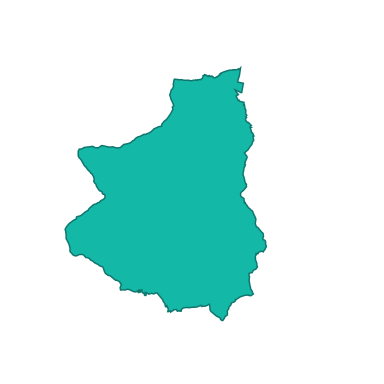 Bretcu, Covasna, Romania, rotated 131°
{"feature_id": "2599482B63813155065501", "entity_name": "Bretcu", "entity_type": "district", "adm_level": 2, "iso_a3": "ROU", "parent_name": "Romania", "parent_adm1": "Covasna", "projection": "orthographic", "projection_center": [26.35, 46.045], "detail": "fine", "context": "isolated", "style": "filled", "palette": "teal", "viewbox_px": 384, "rotation_deg": 131, "n_neighbors": 0, "source": "geoboundaries", "source_scale": "gbopen_adm2", "svg_char_len": 6019}
<svg xmlns="http://www.w3.org/2000/svg" viewBox="0 0 384 384"><g transform="rotate(131 192 192)"><path d="M303.4,263.3L304.9,261.1L307.5,258.3L309.7,256.5L311.3,252.3L312.4,250.1L314.4,247.2L316.4,245.6L317.1,244.7L317.1,243.0L317.5,240.8L317.4,239.7L316.8,238.2L315.5,237.0L313.2,236.1L311.4,234.2L310.9,233.4L310.7,232.1L311.1,229.2L309.9,227.4L309.7,226.6L309.6,225.5L309.9,223.7L309.3,221.9L309.2,218.4L308.3,215.3L308.3,213.3L307.1,210.1L307.2,209.6L309.4,206.0L310.3,203.7L310.0,202.0L310.0,200.7L308.9,198.8L308.8,192.5L308.7,191.7L308.1,191.0L307.5,189.5L307.3,187.3L308.0,186.0L307.9,185.0L308.1,184.6L311.0,183.7L312.5,182.2L312.7,181.8L312.7,181.3L311.2,180.1L310.0,178.4L307.5,176.7L306.7,175.0L305.5,170.8L304.3,168.8L300.9,167.8L300.4,167.1L300.7,166.7L301.4,166.4L302.9,166.9L303.1,166.7L302.9,166.3L301.2,165.2L299.3,166.0L298.8,165.8L299.8,164.8L300.2,164.0L300.4,162.8L300.1,161.5L301.0,160.1L300.8,159.3L300.2,159.0L298.8,159.6L298.5,160.3L298.7,161.2L298.4,161.4L297.8,159.8L297.4,157.5L295.2,156.3L294.1,154.1L291.5,152.7L291.1,152.1L292.5,143.5L293.4,142.1L294.0,139.4L295.9,136.8L295.7,136.3L294.5,136.6L294.2,136.5L294.2,136.2L294.9,135.4L295.6,133.6L296.2,132.8L298.2,131.8L298.2,131.6L296.0,130.4L296.7,129.4L293.8,128.5L292.9,128.6L290.9,126.6L291.6,125.0L291.3,124.5L290.3,124.2L289.6,123.5L289.9,123.1L289.2,122.0L287.3,122.9L285.1,122.5L282.0,119.6L281.6,118.5L280.2,117.5L276.4,113.6L275.3,112.7L271.7,111.0L272.2,109.9L271.8,109.3L270.7,108.7L270.0,107.5L267.2,105.9L265.5,105.5L266.0,104.1L269.0,101.2L269.6,99.9L269.7,98.1L269.6,92.1L268.7,89.0L268.6,88.4L269.4,86.8L269.4,85.3L269.1,84.7L268.7,84.4L267.4,84.7L266.4,84.6L264.4,85.4L262.3,84.7L261.7,84.7L260.8,85.2L258.4,87.5L256.3,87.6L254.2,88.7L251.8,88.5L250.2,89.4L249.3,89.2L247.0,87.9L245.5,87.9L244.8,88.7L244.5,88.2L239.8,86.9L237.6,85.8L237.4,85.5L235.7,84.6L234.3,83.6L234.1,83.1L232.8,82.0L232.9,81.4L231.6,79.5L228.7,78.8L227.8,81.2L227.4,81.5L226.5,84.5L225.6,85.3L224.1,87.6L223.1,88.5L222.4,89.8L222.0,89.9L221.0,91.1L218.4,92.9L216.5,95.5L214.9,95.0L213.3,93.7L211.1,94.3L209.8,94.1L209.4,93.6L208.3,93.2L205.8,93.4L205.3,93.8L204.8,95.0L203.4,96.2L201.8,99.0L201.5,99.8L200.5,100.4L199.7,101.5L198.7,102.1L197.8,102.2L197.4,102.8L196.5,103.4L196.3,103.1L196.6,102.7L196.6,102.4L195.5,102.0L195.1,101.7L194.5,102.3L192.5,101.6L191.6,101.0L190.6,100.0L190.6,99.3L190.4,98.9L189.5,99.2L187.0,99.3L186.1,99.8L185.0,99.8L184.1,100.5L182.7,102.8L181.7,103.3L180.8,104.6L180.7,105.0L180.8,106.0L181.3,107.0L180.9,107.9L178.5,109.0L176.6,111.2L176.5,113.8L175.6,118.8L175.9,120.8L174.4,123.5L170.4,126.1L169.1,128.8L168.3,130.9L167.8,131.5L167.7,132.2L167.2,132.7L166.7,134.0L166.9,135.9L166.7,137.3L166.8,139.3L165.8,142.7L165.6,144.5L165.0,144.9L165.1,145.4L165.6,145.6L162.8,148.6L163.2,150.6L163.1,152.6L162.9,152.9L161.3,154.3L159.7,154.7L158.3,154.4L155.1,154.2L152.2,154.3L151.6,155.4L150.4,155.9L150.2,157.7L149.2,159.3L148.6,159.9L146.3,163.2L145.6,164.7L144.3,165.8L141.4,167.4L139.4,168.8L138.7,168.7L136.5,169.5L136.8,170.3L135.0,171.1L135.1,171.4L130.1,172.9L129.1,173.8L128.1,178.1L123.5,177.4L119.0,178.0L117.0,178.0L113.8,179.5L113.0,179.1L111.8,180.1L110.5,182.1L109.1,181.9L108.9,182.4L109.0,182.9L108.1,183.7L108.2,184.4L107.9,184.7L107.7,186.1L108.0,186.3L107.8,186.6L107.5,186.6L107.3,187.2L106.8,187.6L105.5,189.9L105.1,190.1L104.7,189.9L105.0,190.5L104.1,190.8L104.0,191.0L102.9,190.8L102.5,195.1L102.9,195.2L103.0,196.6L102.7,198.4L102.4,199.0L101.6,199.6L100.0,199.7L99.8,200.8L98.1,201.0L97.7,202.9L94.7,205.2L94.5,206.1L94.1,206.9L91.9,209.5L92.5,209.9L92.5,210.2L91.5,210.5L90.2,211.6L91.0,213.0L92.5,216.1L91.8,216.8L92.6,217.4L90.6,221.7L88.0,220.9L87.6,223.6L86.6,226.5L85.4,222.4L85.1,220.8L84.4,219.7L76.2,224.6L79.1,229.6L76.6,231.1L73.2,232.5L66.5,236.8L68.6,236.9L68.7,237.9L69.8,238.0L70.4,238.5L73.0,241.4L73.8,241.8L75.5,243.7L80.3,246.7L83.5,248.2L83.8,247.8L84.6,248.4L84.9,247.9L85.2,247.9L86.5,248.4L87.0,248.1L87.8,248.5L88.2,248.4L88.4,248.8L89.4,248.9L91.2,250.0L91.4,250.7L91.3,251.2L91.5,251.8L91.3,252.2L91.4,252.9L91.7,253.3L92.4,253.4L92.6,254.2L92.9,254.2L93.1,254.6L92.8,255.4L93.3,255.6L93.9,255.5L93.9,255.9L94.5,256.1L94.6,256.6L94.4,256.9L94.3,257.4L94.5,258.0L95.1,258.4L94.9,259.0L95.1,259.5L95.9,259.2L96.2,259.6L96.6,259.4L97.1,259.9L97.5,259.4L98.0,259.2L99.8,258.8L100.6,259.1L101.2,258.9L101.5,259.1L101.7,259.7L103.3,260.9L103.5,261.3L104.2,261.2L104.8,262.0L104.7,262.6L105.3,262.8L106.0,263.3L106.3,264.0L108.5,265.4L110.1,268.2L111.1,269.2L113.1,271.6L113.9,273.4L114.9,274.3L118.4,279.3L119.7,278.8L123.3,276.6L123.9,275.7L124.7,275.1L126.7,274.5L128.7,274.6L130.2,273.8L133.1,272.6L133.8,271.9L134.4,270.6L136.0,268.4L136.2,267.4L136.6,266.8L137.3,265.0L138.7,262.8L138.9,262.3L140.9,262.5L141.7,261.1L142.3,260.6L146.9,259.5L153.6,258.8L156.9,259.4L160.1,259.3L161.5,258.8L162.4,258.1L164.4,259.9L169.3,262.1L173.3,262.4L176.5,263.5L177.3,264.2L179.0,264.8L180.0,266.1L183.9,267.6L185.9,269.0L188.6,269.8L190.4,269.6L192.2,270.3L194.9,270.7L197.3,271.9L200.9,274.7L205.3,275.2L205.8,275.4L207.6,277.1L208.6,278.6L210.0,281.7L211.4,282.7L213.0,284.9L215.9,290.3L216.7,290.9L218.4,291.1L219.9,291.6L222.0,294.0L222.7,296.8L223.2,297.5L224.0,298.0L229.0,302.5L232.6,303.8L232.8,304.5L233.6,305.2L235.7,304.7L236.5,304.1L239.3,301.6L240.2,299.7L240.3,297.3L242.8,290.2L242.9,288.9L242.7,288.2L243.0,287.5L243.6,285.1L243.8,281.6L244.2,280.5L244.0,279.6L244.8,276.9L245.0,276.3L245.5,275.8L246.1,274.6L246.8,274.0L248.1,273.4L248.7,272.6L249.0,271.7L249.1,269.7L250.4,267.7L251.7,263.0L251.7,262.6L251.1,261.1L251.0,259.7L251.9,258.7L252.0,257.9L251.9,257.4L251.2,256.5L251.2,256.2L252.5,254.6L253.5,253.9L254.9,254.0L255.6,253.8L256.4,254.4L258.7,255.2L260.5,255.1L262.1,256.1L264.0,256.6L265.5,257.7L267.7,258.4L268.5,258.1L269.6,258.5L270.9,258.7L272.7,258.7L274.1,258.4L276.9,259.4L282.2,260.3L283.8,261.0L286.2,262.7L286.9,262.6L288.2,261.7L290.6,262.7L296.3,264.0L300.4,263.9L303.4,263.3Z" fill="#14b8a6" stroke="#0f766e" stroke-width="1.5"/></g></svg>